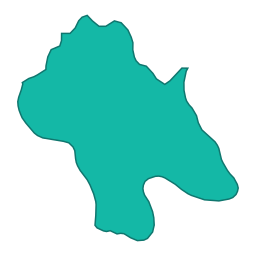 the district of Hoechang, P'yŏngan-namdo, North Korea
{"feature_id": "82179303B89029266614527", "entity_name": "Hoechang", "entity_type": "district", "adm_level": 2, "iso_a3": "PRK", "parent_name": "North Korea", "parent_adm1": "P'yŏngan-namdo", "projection": "orthographic", "projection_center": [126.448, 39.075], "detail": "fine", "context": "isolated", "style": "filled", "palette": "teal", "viewbox_px": 256, "rotation_deg": 0, "n_neighbors": 0, "source": "geoboundaries", "source_scale": "gbopen_adm2", "svg_char_len": 1515}
<svg xmlns="http://www.w3.org/2000/svg" viewBox="0 0 256 256"><path d="M22.3,82.6L22.8,84.0L21.3,89.8L18.7,97.3L17.8,101.6L18.1,105.9L19.1,110.2L20.8,114.7L22.2,117.9L25.9,123.1L34.3,133.0L37.5,135.5L42.8,137.9L63.4,141.3L68.8,142.8L73.0,146.9L74.8,150.7L75.6,158.7L76.3,162.5L77.6,165.8L80.2,170.5L87.2,179.7L90.0,184.9L93.7,193.9L95.8,201.6L96.1,204.7L95.8,215.4L95.0,225.3L97.1,227.9L103.5,230.9L106.5,231.5L110.2,230.7L117.0,233.9L120.6,233.3L124.0,233.7L130.7,237.8L137.4,240.6L140.2,240.4L143.9,240.1L147.5,238.4L152.6,232.0L154.2,225.1L153.8,217.8L152.6,211.7L148.8,201.7L144.6,195.2L143.4,191.8L142.9,188.5L143.4,185.1L145.0,181.4L148.5,178.6L155.4,176.3L158.7,176.1L162.0,176.7L165.1,178.0L175.3,184.3L181.5,189.4L187.9,193.7L191.4,195.4L204.5,199.8L218.9,200.9L229.1,199.0L232.8,197.5L236.0,194.5L237.5,191.3L238.2,188.0L237.3,184.4L233.8,177.9L229.9,173.8L227.4,170.4L222.9,162.6L221.4,159.4L218.8,148.4L217.3,145.2L215.0,141.8L201.9,129.9L198.3,122.8L196.5,115.7L192.0,108.0L189.1,104.9L186.6,101.1L185.5,97.9L184.0,90.3L183.9,82.2L186.2,71.2L187.8,68.2L181.9,68.1L175.1,75.4L170.0,80.8L164.8,84.4L156.4,78.9L153.0,73.5L146.3,66.2L139.5,64.4L136.1,60.8L134.4,57.2L132.8,49.9L132.9,42.7L131.2,37.2L127.9,30.0L124.5,26.3L121.1,22.7L119.4,22.3L114.4,20.9L105.8,26.3L99.0,26.3L92.3,20.8L87.2,15.4L82.1,17.2L78.7,20.8L75.2,28.0L70.1,33.4L61.6,33.4L61.5,40.6L59.8,46.0L51.2,49.6L47.8,56.9L46.0,65.9L45.9,69.5L37.4,74.9L34.0,76.7L28.8,78.5L22.3,82.6Z" fill="#14b8a6" stroke="#0f766e" stroke-width="1.5"/></svg>